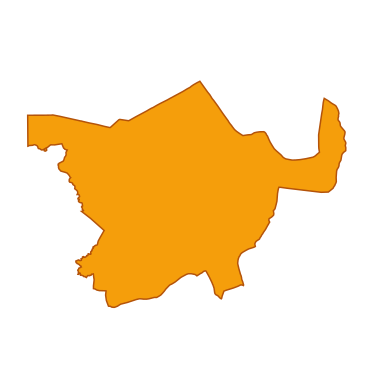 outline of Kota Subulussalam, Aceh, Indonesia, rotated 84°
{"feature_id": "22746128B20185680371825", "entity_name": "Kota Subulussalam", "entity_type": "district", "adm_level": 2, "iso_a3": "IDN", "parent_name": "Indonesia", "parent_adm1": "Aceh", "projection": "orthographic", "projection_center": [97.94, 2.756], "detail": "fine", "context": "isolated", "style": "filled", "palette": "amber", "viewbox_px": 384, "rotation_deg": 84, "n_neighbors": 0, "source": "geoboundaries", "source_scale": "gbopen_adm2", "svg_char_len": 6014}
<svg xmlns="http://www.w3.org/2000/svg" viewBox="0 0 384 384"><g transform="rotate(84 192 192)"><path d="M98.5,347.4L129.3,350.4L129.2,349.9L128.8,349.2L128.9,345.4L128.6,344.8L128.5,343.6L128.6,343.2L129.4,341.8L130.0,341.1L130.7,340.7L132.0,340.5L132.7,340.2L133.3,338.6L134.4,337.4L134.5,336.1L134.2,335.2L133.6,333.9L134.7,334.7L135.2,334.7L135.6,334.6L135.9,334.0L136.0,333.4L135.5,332.4L135.2,332.1L134.9,332.1L134.3,332.3L133.2,332.3L132.8,331.8L132.8,331.5L130.3,327.7L130.8,323.6L130.4,316.4L134.9,315.1L135.3,314.5L136.0,314.2L136.8,312.8L137.2,311.7L139.5,313.2L141.8,313.3L143.0,313.9L144.2,315.1L146.4,315.9L147.8,316.8L147.9,317.0L149.5,321.2L150.1,321.6L150.1,322.0L150.9,322.3L151.2,322.1L151.5,322.3L151.9,322.1L152.7,322.1L153.8,322.2L155.2,321.9L156.4,321.0L157.1,320.6L157.5,320.2L159.2,316.0L160.2,314.1L162.8,312.3L164.7,311.6L165.0,311.2L166.5,312.7L168.2,313.0L168.6,313.0L169.3,312.7L169.5,312.4L169.8,311.4L170.7,310.0L171.3,309.7L172.1,309.7L173.5,308.1L174.2,307.9L175.0,307.9L176.5,308.3L177.4,307.3L178.4,306.4L179.2,305.9L180.2,305.7L181.3,305.8L182.5,306.5L182.6,305.1L183.1,304.6L183.9,304.5L184.4,304.2L185.0,304.4L185.7,305.4L186.3,306.0L186.6,306.1L186.9,306.2L187.2,305.3L187.6,304.9L188.1,305.0L188.4,305.6L188.7,305.8L189.6,305.8L189.9,305.6L190.9,304.3L191.2,302.8L191.9,302.4L194.3,302.3L194.6,302.4L194.6,302.9L195.3,303.4L196.7,302.7L197.7,302.9L198.1,302.8L198.5,302.2L199.1,301.9L199.3,302.3L199.6,302.6L199.7,303.9L207.6,295.7L221.1,283.4L227.2,287.8L227.6,288.1L231.0,290.4L234.4,291.6L234.9,292.3L234.9,293.5L235.1,293.9L235.5,294.3L235.5,294.6L236.1,295.1L236.1,295.7L237.2,296.0L237.0,296.3L237.7,296.4L238.1,296.7L238.4,297.2L239.0,297.3L239.1,297.5L239.3,297.6L239.6,297.7L239.8,297.8L240.0,297.7L240.1,297.8L240.1,298.1L240.5,298.3L240.6,298.6L241.0,299.0L242.0,299.1L242.4,299.3L242.5,299.3L242.6,299.1L242.8,299.0L243.1,299.4L243.3,299.4L243.2,300.3L242.6,301.4L242.6,301.7L243.4,302.0L243.7,302.0L244.2,302.3L244.2,303.3L244.7,303.4L244.7,303.7L245.2,304.1L245.8,305.3L244.9,306.6L245.0,307.1L245.5,306.9L245.4,307.6L245.8,307.6L246.3,308.2L246.5,308.1L247.0,309.0L247.0,309.3L247.6,309.1L248.4,309.2L248.4,309.7L248.6,310.5L248.4,310.7L248.3,311.3L247.9,311.4L247.7,311.7L248.0,313.2L248.3,313.4L248.4,314.6L249.2,314.8L250.1,314.6L250.6,313.9L251.1,313.8L251.2,313.6L251.7,312.7L252.5,311.7L253.7,310.9L253.9,310.3L255.0,309.9L255.4,311.1L255.7,311.4L256.0,312.6L256.5,312.7L257.1,313.1L257.5,313.6L258.0,313.8L258.7,313.4L259.8,313.4L261.0,313.5L261.9,314.0L262.0,313.4L261.4,312.7L260.8,312.4L260.8,312.1L261.1,311.7L261.4,311.6L262.7,311.7L263.1,311.6L263.1,310.9L263.2,310.4L263.7,309.8L264.0,308.9L264.9,308.3L265.0,307.0L265.6,306.6L266.0,305.9L265.2,305.4L264.2,304.4L264.2,304.0L264.5,303.3L264.5,302.4L264.2,302.2L264.2,301.1L263.2,300.3L263.3,299.3L263.2,298.7L264.7,298.7L269.1,298.5L275.0,299.8L277.8,300.1L278.3,298.6L279.6,296.8L280.4,294.4L281.2,288.4L281.4,287.8L285.5,288.7L291.0,288.5L296.8,287.0L297.2,285.0L298.0,284.1L298.4,282.6L298.6,281.1L297.8,278.1L296.1,274.7L295.1,267.8L293.1,258.7L292.7,255.5L292.9,254.0L293.5,251.3L293.8,248.2L293.7,246.0L292.9,240.4L293.2,238.2L292.1,235.6L291.2,233.8L289.4,231.7L287.6,229.8L285.8,228.2L282.5,224.3L281.8,223.1L281.6,222.2L281.0,220.8L279.7,218.1L275.9,212.2L275.2,210.7L273.3,206.0L272.9,204.1L273.2,201.3L274.3,197.7L274.7,197.1L275.9,195.9L273.9,191.9L273.6,191.0L273.1,190.0L272.2,188.9L271.8,187.1L272.1,186.4L272.9,186.0L278.6,183.6L284.5,181.5L285.5,181.3L286.5,180.9L290.0,180.1L294.1,180.0L295.0,179.9L296.0,179.5L296.8,178.8L297.7,177.3L300.4,175.2L301.1,174.4L301.3,174.0L300.8,173.6L298.7,172.9L293.9,170.6L293.3,168.4L291.8,160.9L290.5,156.0L289.6,153.6L289.5,153.0L289.9,151.4L290.4,150.7L289.9,150.4L286.4,151.0L284.4,151.6L283.3,151.7L282.2,151.7L280.6,151.9L278.9,152.4L273.2,153.4L268.5,154.0L267.5,154.0L264.7,153.4L263.2,152.9L261.4,152.0L260.4,151.1L258.9,150.2L257.9,149.0L257.2,147.8L255.7,144.5L254.5,141.5L253.5,136.5L253.0,135.1L252.8,134.7L250.2,135.0L248.3,133.9L247.5,133.0L246.2,130.4L245.7,129.7L244.6,129.1L243.4,128.0L241.7,126.9L241.2,126.3L239.3,124.9L236.9,122.8L233.7,120.6L232.8,120.0L232.4,119.5L232.0,119.4L230.0,117.9L228.2,118.6L226.8,118.2L226.5,118.0L226.1,117.1L225.1,115.2L223.6,113.3L222.3,112.9L219.0,113.0L218.0,111.7L217.1,111.1L212.6,109.4L210.0,108.5L202.4,107.1L198.2,105.9L196.4,105.1L196.5,103.8L198.2,97.0L205.8,63.5L206.3,56.4L203.1,51.4L201.2,50.1L200.6,49.4L199.5,48.9L198.5,48.2L196.9,47.4L192.5,47.1L186.4,46.0L184.8,45.4L182.8,43.8L181.3,43.1L179.2,42.7L178.0,42.1L176.0,40.6L171.0,39.2L170.0,38.7L168.5,37.2L167.0,34.8L164.0,34.4L161.9,34.7L159.5,33.9L158.5,34.0L155.5,35.3L154.7,35.4L153.7,35.2L150.8,34.1L148.9,33.6L148.0,33.6L147.1,34.0L142.7,37.0L141.7,37.5L138.7,37.6L137.8,37.9L135.8,39.1L134.8,39.2L133.6,38.9L132.0,38.3L130.9,38.3L129.2,37.7L126.8,37.9L124.5,38.6L121.7,39.7L120.8,40.5L118.2,44.0L115.6,46.8L112.7,50.7L115.1,51.6L117.1,52.2L123.9,53.7L127.6,54.8L148.4,60.1L159.9,61.2L162.0,61.3L165.8,61.1L168.1,64.5L168.6,65.0L169.5,66.7L170.0,68.0L170.8,75.3L171.1,81.0L171.0,86.0L170.7,89.2L169.0,94.9L168.7,95.6L167.6,97.1L167.1,97.7L164.4,99.6L159.9,103.8L157.6,105.7L154.2,107.4L150.5,109.1L147.6,110.1L144.2,111.1L143.2,111.8L142.1,112.1L141.0,112.7L139.9,113.6L139.5,114.7L139.2,118.4L139.3,121.4L139.6,123.9L140.7,126.1L141.1,127.1L141.0,130.4L141.2,135.5L139.0,138.3L136.4,141.3L134.3,143.2L130.9,145.3L130.2,145.6L128.0,147.1L126.4,148.0L125.0,148.6L117.0,153.2L108.8,157.6L107.6,158.3L103.1,160.9L101.2,162.2L97.2,164.1L94.3,166.0L82.7,172.6L83.3,174.0L83.6,175.0L85.5,179.3L86.8,181.7L87.7,183.0L88.9,186.0L91.0,190.4L96.7,204.3L97.8,206.8L100.7,214.5L102.1,217.9L104.0,222.1L104.4,223.5L105.6,226.3L106.6,228.4L111.3,240.0L114.2,246.7L114.5,247.6L112.3,256.1L112.3,256.5L112.6,257.3L119.3,266.5L119.3,267.1L117.6,272.2L114.9,279.5L112.5,287.2L110.2,293.8L109.9,294.3L109.9,294.8L103.0,315.3L100.8,322.5L100.9,323.1L100.1,332.0L98.5,347.4Z" fill="#f59e0b" stroke="#b45309" stroke-width="1.5"/></g></svg>